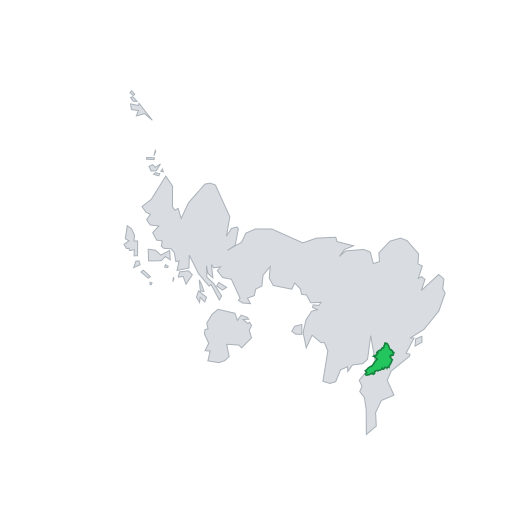 location of Somerset within United Kingdom, rotated 311°
{"feature_id": "GBR-2047", "entity_name": "Somerset", "entity_type": "Administrative County", "adm_level": 1, "iso_a3": "GBR", "parent_name": "United Kingdom", "parent_adm1": "", "projection": "orthographic", "projection_center": [-2.947, 51.075], "detail": "fine", "context": "in_parent", "style": "filled", "palette": "green", "viewbox_px": 512, "rotation_deg": 311, "n_neighbors": 0, "source": "natural_earth", "source_scale": "10m", "svg_char_len": 5600}
<svg xmlns="http://www.w3.org/2000/svg" viewBox="0 0 512 512"><g transform="rotate(311 256 256)"><path d="M271.2,394.8L251.1,408.0L244.7,407.1L237.1,400.3L229.0,401.1L232.4,397.7L225.6,394.5L213.4,398.6L208.3,395.4L205.3,388.7L231.5,372.5L235.5,364.5L233.3,361.9L233.0,350.3L219.6,354.2L229.3,341.6L240.8,335.6L250.7,334.2L255.8,337.5L254.3,332.4L256.6,331.2L259.9,335.8L263.7,335.6L256.6,328.0L259.7,319.7L257.0,315.5L260.3,311.1L261.0,302.9L254.4,304.8L245.1,288.3L248.0,280.5L257.3,273.7L246.1,273.9L237.2,280.1L230.8,277.5L225.0,280.7L218.6,277.2L216.4,283.1L211.7,276.6L211.0,271.8L213.6,271.8L222.3,252.7L217.9,245.1L219.5,236.5L224.6,236.3L219.2,231.9L220.3,227.9L211.2,237.8L211.3,231.1L216.2,225.0L207.8,232.8L207.5,242.1L203.3,256.3L198.7,257.2L205.0,240.8L202.5,240.3L205.0,224.0L212.9,205.1L202.9,213.3L193.3,205.9L201.8,201.2L199.2,199.2L205.0,192.0L205.8,187.1L201.3,181.4L201.3,178.1L205.9,175.3L202.8,170.6L205.8,162.8L214.9,163.0L210.0,155.8L211.7,149.6L218.3,148.9L216.8,144.3L218.5,137.5L229.9,139.8L257.1,135.5L254.0,147.2L238.3,160.7L237.4,164.7L240.9,166.0L235.2,174.9L252.2,170.1L276.8,170.3L281.0,173.6L282.9,178.8L268.5,210.4L251.6,220.7L260.5,219.4L265.4,222.4L264.9,224.8L250.5,233.3L241.5,230.7L257.1,236.1L266.6,233.3L276.1,237.9L286.8,250.3L296.6,282.7L309.1,289.9L322.5,303.9L320.0,307.7L327.7,322.9L319.0,318.5L310.3,319.2L318.5,320.2L331.7,333.1L333.9,339.6L327.3,349.5L332.8,352.9L338.9,346.7L355.1,347.4L364.3,353.3L366.7,359.8L364.3,377.3L356.3,383.4L357.5,388.1L345.6,393.1L349.1,394.4L349.2,398.9L338.4,403.4L361.9,406.0L361.9,412.9L353.8,418.4L352.1,423.1L334.4,430.1L310.8,430.9L295.6,426.3L297.7,429.1L281.1,433.0L282.8,436.7L281.0,437.6L258.0,433.5L248.3,436.6L241.5,451.4L229.2,445.4L216.3,449.0L206.6,458.3L193.7,456.4L212.5,439.8L220.2,430.8L221.8,423.2L227.2,421.5L229.9,415.4L254.8,415.0L271.2,394.8ZM191.2,306.3L177.3,305.4L177.5,301.4L170.1,291.8L162.5,301.7L156.3,301.0L151.1,297.9L145.3,288.5L154.2,283.8L151.1,279.7L159.1,277.6L163.5,268.0L167.1,265.8L169.5,267.6L173.1,262.8L183.4,261.1L190.8,262.3L199.0,277.7L195.2,284.2L201.7,283.6L203.9,289.8L203.6,292.0L199.6,287.8L199.7,294.2L201.8,294.6L200.6,298.3L195.7,299.5L191.2,306.3ZM194.9,144.2L192.0,150.7L187.3,154.0L189.7,156.8L178.5,166.4L176.1,163.9L180.9,160.1L177.1,156.9L178.6,155.2L176.7,153.4L178.2,148.7L184.1,150.2L183.3,146.0L194.4,139.0L194.9,144.2ZM194.4,176.4L194.3,183.6L203.6,187.2L196.8,193.8L196.1,187.9L190.3,187.6L181.8,178.2L190.4,170.2L194.4,176.4ZM288.5,61.5L292.5,68.6L294.5,67.5L290.4,88.7L290.3,78.5L283.2,73.8L288.6,71.8L284.8,65.9L288.5,61.5ZM200.0,220.3L188.8,221.7L192.8,214.5L189.1,211.3L193.8,208.7L200.6,214.8L200.0,220.3ZM228.5,331.3L234.4,335.6L226.9,342.0L223.0,337.1L222.7,332.4L228.5,331.3ZM192.0,235.5L192.4,245.8L187.7,247.5L188.1,241.0L183.9,243.9L185.8,238.1L192.0,235.5ZM257.2,118.1L256.8,121.7L262.8,123.5L254.9,124.9L251.3,121.1L253.4,116.5L257.2,118.1ZM213.0,254.4L208.2,253.0L207.6,246.0L211.6,245.2L213.0,254.4ZM304.2,433.9L299.8,437.8L292.3,435.1L298.2,430.9L304.2,433.9ZM195.2,240.0L193.1,237.0L200.8,228.8L199.1,233.0L195.2,240.0ZM173.4,168.7L175.5,170.9L173.5,174.3L167.0,171.3L173.4,168.7ZM171.1,189.9L168.5,189.1L168.5,179.7L171.4,180.2L171.1,189.9ZM294.6,64.9L292.2,61.6L293.4,57.3L295.3,58.5L294.6,64.9ZM263.4,114.9L261.8,115.8L257.2,109.7L258.7,108.9L263.4,114.9ZM255.0,129.5L252.7,130.0L250.5,125.2L252.9,125.4L255.0,129.5ZM299.2,53.7L298.4,58.5L296.6,58.0L296.6,53.8L299.2,53.7ZM269.2,111.7L264.7,113.2L269.6,110.7L269.2,111.7ZM190.7,196.5L189.3,196.9L187.7,194.4L190.0,193.3L190.7,196.5ZM260.2,128.3L258.7,130.9L257.5,128.5L260.2,128.3ZM184.9,209.0L182.0,210.1L185.9,207.6L184.9,209.0ZM167.4,195.3L165.5,195.7L164.8,194.9L166.7,193.2L167.4,195.3Z" fill="#d9dde1" stroke="#a8b0b8" stroke-width="1"/><path d="M241.1,413.7L242.8,414.2L244.8,414.1L247.7,414.8L248.4,415.5L248.9,415.7L251.6,415.6L253.3,415.1L254.1,415.0L255.7,415.1L256.6,414.9L257.3,414.5L257.5,414.7L257.1,415.3L257.5,415.5L257.9,414.7L258.0,414.0L257.9,413.7L257.8,413.2L257.8,411.8L257.7,411.1L257.5,410.6L257.9,410.8L258.2,410.6L258.2,410.8L258.5,411.0L258.5,411.7L259.0,411.8L259.6,411.5L260.6,412.0L260.8,411.4L261.8,411.7L263.0,411.6L263.0,411.4L262.9,411.3L262.3,410.7L262.4,410.4L264.3,410.6L264.7,410.7L265.8,411.0L265.9,411.4L266.5,411.5L266.6,411.9L266.9,412.1L267.6,412.1L268.2,411.6L268.8,411.4L269.9,411.8L270.0,412.4L270.8,412.5L271.6,412.1L272.0,411.4L273.4,411.4L274.7,410.5L274.9,410.4L275.3,410.8L275.1,411.2L275.2,411.6L275.8,411.9L276.0,412.7L275.6,413.5L275.3,414.8L273.4,418.3L273.3,418.8L273.4,419.2L274.0,419.6L273.7,420.3L274.0,421.1L273.1,422.1L272.9,422.5L272.9,422.8L273.7,423.1L273.7,423.4L272.2,424.1L271.4,423.9L271.2,424.5L270.5,424.2L269.9,422.9L268.8,422.7L268.8,422.8L268.8,423.2L268.7,423.6L268.4,423.7L268.1,423.4L267.5,423.7L267.6,424.4L267.4,424.9L267.3,425.6L267.1,426.1L267.3,426.9L267.1,427.1L266.2,427.1L264.8,427.8L263.7,427.8L263.0,428.3L262.5,428.0L262.2,428.3L259.9,428.8L259.2,429.5L258.8,428.4L258.5,428.1L258.1,428.2L257.9,428.0L257.2,428.4L257.3,427.8L256.8,427.4L256.9,426.6L256.8,426.3L255.8,426.3L254.4,426.7L253.7,426.0L254.2,424.7L252.7,424.9L251.6,424.8L250.3,423.6L249.2,423.5L249.1,422.4L248.9,422.1L248.5,422.0L247.9,421.6L247.4,421.8L246.7,421.4L245.9,421.6L245.7,421.8L245.7,422.2L245.4,422.5L243.7,422.3L243.5,421.8L243.9,421.2L244.0,420.7L243.8,420.3L242.9,420.4L241.9,419.6L241.0,419.6L240.2,418.7L239.6,418.5L238.7,417.8L238.4,417.3L238.4,416.2L238.5,416.0L239.7,416.1L240.8,416.0L241.0,415.0L240.9,414.4L241.1,414.0L241.1,413.9L241.1,413.7Z" fill="#22c55e" stroke="#15803d" stroke-width="1.5"/></g></svg>